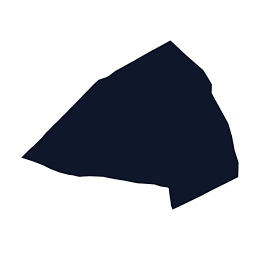 outline of Santa Catarina Ticuá, Oaxaca, Mexico, rotated 86°
{"feature_id": "50627088B91995558537329", "entity_name": "Santa Catarina Ticuá", "entity_type": "district", "adm_level": 2, "iso_a3": "MEX", "parent_name": "Mexico", "parent_adm1": "Oaxaca", "projection": "orthographic", "projection_center": [-97.534, 17.055], "detail": "fine", "context": "isolated", "style": "filled", "palette": "ink", "viewbox_px": 256, "rotation_deg": 86, "n_neighbors": 0, "source": "geoboundaries", "source_scale": "gbopen_adm2", "svg_char_len": 1173}
<svg xmlns="http://www.w3.org/2000/svg" viewBox="0 0 256 256"><g transform="rotate(86 128 128)"><path d="M211.5,88.8L207.9,79.5L203.9,69.5L201.6,63.7L201.3,63.0L199.2,57.9L195.0,48.5L189.8,35.7L187.4,30.0L184.1,22.2L170.3,20.9L157.8,23.9L143.4,25.6L133.8,27.7L130.6,28.4L123.4,31.7L117.3,34.5L110.9,37.5L99.2,42.9L90.5,42.0L84.9,44.8L76.1,49.4L60.1,65.3L52.5,72.3L44.5,79.8L46.5,84.0L47.9,87.1L51.4,94.7L54.0,100.6L55.1,102.8L55.8,104.3L57.1,107.0L57.4,107.6L60.0,113.0L62.1,117.2L63.3,120.0L67.4,128.7L70.9,136.4L72.4,138.6L74.3,141.6L75.6,143.7L76.7,146.4L78.6,153.7L83.1,159.3L85.7,162.1L92.9,170.2L98.2,176.0L102.9,181.3L105.4,184.2L108.0,187.0L111.0,190.5L112.9,192.8L115.7,195.8L120.5,201.6L125.9,207.6L127.0,209.1L132.2,214.2L136.9,219.5L141.9,225.8L143.3,227.5L144.4,228.9L149.2,234.3L149.9,235.1L154.1,224.5L158.9,214.4L162.8,207.8L163.7,206.0L167.1,198.5L169.9,190.0L170.5,186.6L172.6,179.8L172.5,175.6L172.7,169.0L174.2,156.1L176.7,147.1L178.4,140.2L179.3,136.0L182.0,126.3L183.0,122.4L184.9,108.8L185.5,105.1L187.8,99.5L189.3,92.4L190.2,91.1L191.1,90.8L197.8,90.5L203.9,90.0L208.5,89.7L211.5,88.8Z" fill="#0f172a" stroke="#020617" stroke-width="1.5"/></g></svg>